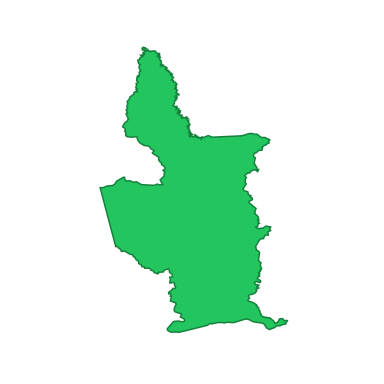 the district of Itamarati, Amazonas, Brazil, rotated 256°
{"feature_id": "56859067B49788887707038", "entity_name": "Itamarati", "entity_type": "district", "adm_level": 2, "iso_a3": "BRA", "parent_name": "Brazil", "parent_adm1": "Amazonas", "projection": "equal_earth", "projection_center": [-67.719, -6.727], "detail": "fine", "context": "isolated", "style": "filled", "palette": "green", "viewbox_px": 384, "rotation_deg": 256, "n_neighbors": 0, "source": "geoboundaries", "source_scale": "gbopen_adm2", "svg_char_len": 6070}
<svg xmlns="http://www.w3.org/2000/svg" viewBox="0 0 384 384"><g transform="rotate(256 192 192)"><path d="M157.4,104.8L157.3,106.2L156.7,106.9L155.8,106.9L153.7,108.8L151.4,109.1L151.0,112.3L146.6,116.8L145.3,119.5L143.5,119.4L142.3,120.9L140.0,121.3L137.8,123.3L135.4,123.0L133.6,125.2L131.8,125.2L130.5,127.9L129.5,127.7L128.3,132.2L127.1,133.3L126.3,132.9L124.6,135.4L123.1,135.7L121.0,138.7L121.0,139.8L121.9,139.7L122.2,140.7L121.4,144.0L121.5,145.1L122.9,146.1L123.2,150.5L122.3,151.0L119.4,150.8L116.7,152.9L114.9,152.7L114.4,151.8L114.7,149.7L113.1,150.0L109.2,148.4L108.7,149.4L109.1,151.4L107.9,153.0L106.4,152.5L103.1,153.0L102.5,152.0L103.1,150.2L101.8,148.7L100.3,145.0L98.8,144.8L98.9,146.2L98.3,146.9L96.2,145.8L96.0,146.7L95.2,146.5L91.5,144.6L88.3,149.4L86.7,149.4L84.3,147.1L81.2,146.0L79.6,146.9L76.6,151.7L75.9,152.2L73.6,150.5L70.9,153.5L69.4,153.9L68.6,153.5L68.3,151.5L70.2,147.3L70.8,142.8L65.3,134.9L63.8,134.8L62.4,136.0L61.1,137.8L59.9,143.2L59.0,144.9L58.9,174.8L60.2,177.5L59.2,179.1L59.1,185.2L57.9,190.3L57.1,191.5L57.2,194.2L55.2,200.7L55.8,213.2L54.8,215.9L51.0,220.5L47.8,228.5L46.4,230.0L41.7,231.7L39.8,233.9L40.5,239.4L41.7,241.9L40.9,244.8L41.4,247.8L41.2,250.8L44.1,253.4L44.6,252.5L44.7,250.5L47.4,249.1L47.6,246.0L44.9,243.8L44.5,240.8L46.9,240.1L51.4,236.8L51.3,235.2L52.5,234.1L52.3,233.0L53.5,231.7L53.7,230.6L56.5,228.8L57.0,229.5L58.5,228.7L60.0,229.2L61.5,228.2L63.6,228.7L65.6,226.8L66.2,227.6L67.1,227.2L70.2,224.3L72.6,220.1L73.6,220.1L75.2,222.1L77.7,221.6L78.3,222.2L78.2,226.2L78.9,229.2L80.6,230.9L82.1,230.6L82.7,233.4L83.7,231.9L84.4,231.8L84.8,233.8L85.4,234.3L87.2,230.9L89.4,230.9L89.7,232.7L87.8,235.5L87.9,236.6L88.6,237.0L89.4,237.0L92.1,234.4L93.4,235.3L93.8,237.1L94.6,237.3L95.1,236.5L96.3,238.0L97.6,237.1L98.3,238.9L99.0,239.5L99.6,239.0L100.3,240.7L101.0,241.0L104.1,240.5L106.9,241.8L107.4,241.0L109.6,240.0L116.9,242.9L118.4,242.4L120.1,240.5L123.9,240.6L128.8,245.5L130.0,248.0L129.4,250.2L130.8,250.9L132.5,253.0L131.7,255.5L134.8,256.0L135.6,259.0L137.0,258.3L139.0,259.9L141.1,255.6L139.7,251.9L140.3,250.0L140.1,248.0L142.5,245.5L143.0,247.5L145.2,248.6L145.3,249.7L146.7,248.7L147.8,250.0L149.0,248.9L149.7,250.3L152.2,250.1L156.1,247.7L160.6,250.1L167.8,244.7L169.3,245.3L169.7,248.2L170.2,248.9L171.8,248.8L172.9,247.3L174.2,248.3L175.7,246.1L178.7,246.2L180.6,243.0L182.7,242.3L186.7,246.6L188.1,246.0L191.0,246.5L192.8,248.3L194.9,247.1L196.1,248.5L197.1,251.4L196.5,252.1L196.7,253.0L198.0,254.2L198.6,258.2L195.9,260.7L197.8,262.1L198.4,260.3L199.9,260.8L205.0,259.3L209.9,261.7L210.3,260.9L212.5,260.3L214.5,261.8L214.6,263.8L216.2,267.0L215.6,269.9L217.7,271.2L218.4,270.7L219.7,273.1L219.7,275.2L220.7,276.7L221.0,278.6L222.5,278.8L223.8,280.1L227.2,276.0L228.3,272.2L232.4,269.1L233.0,266.2L234.2,264.8L234.8,261.8L234.5,253.8L240.3,224.9L242.8,221.4L242.1,216.6L242.5,215.9L241.3,214.0L242.9,214.6L242.6,213.1L243.4,212.0L242.6,211.2L243.8,210.9L244.1,209.2L246.0,208.3L245.1,206.3L246.6,205.5L246.1,204.4L246.4,203.0L247.3,203.0L247.0,204.4L248.1,204.7L248.0,206.2L249.4,205.1L249.6,204.6L249.0,203.7L249.8,203.0L250.5,204.7L251.3,203.9L251.7,204.7L253.5,204.5L254.1,203.4L254.9,204.5L256.3,204.8L256.7,204.6L256.0,203.5L256.5,203.0L257.6,204.0L257.7,205.6L257.3,205.7L257.9,206.3L260.8,205.5L262.0,206.0L261.7,205.5L263.1,204.7L264.2,205.8L264.5,204.7L265.8,205.3L266.3,204.4L265.6,203.7L265.6,202.8L266.6,201.8L266.0,200.1L266.8,200.3L267.2,199.6L268.8,201.0L270.0,198.3L271.1,198.8L271.6,197.6L271.9,199.0L273.0,197.4L273.7,198.3L272.8,198.7L272.9,200.2L273.6,200.4L274.2,198.6L275.5,199.3L275.4,198.4L276.8,198.3L276.3,196.8L278.0,197.9L278.5,196.4L279.0,197.1L279.2,195.8L280.5,194.5L282.2,196.4L284.3,196.8L284.6,198.3L285.9,198.9L286.1,199.7L287.1,198.6L287.7,200.6L288.8,200.2L289.2,199.1L290.0,202.0L289.3,202.7L289.8,203.0L292.2,200.4L292.8,201.4L294.0,201.6L294.2,202.4L295.5,201.7L296.1,200.4L297.0,202.0L297.8,201.3L298.4,202.1L299.6,201.6L299.3,202.7L300.1,203.5L302.5,202.5L303.1,200.5L304.7,201.1L305.7,199.1L307.6,201.8L309.2,200.4L310.7,201.3L310.3,199.6L311.1,199.4L312.3,200.6L313.1,199.0L314.0,199.4L314.8,198.0L315.5,198.6L316.1,197.2L316.6,197.3L316.7,196.2L318.2,196.0L318.4,197.8L318.9,197.6L321.3,194.8L321.8,192.9L322.2,194.0L322.6,192.6L323.1,193.3L323.5,192.5L324.6,193.7L326.8,193.8L327.4,192.8L328.3,193.2L329.9,192.4L330.4,193.7L331.6,192.0L331.7,193.6L332.3,193.7L333.2,192.0L333.7,193.1L333.2,193.6L334.2,194.0L335.4,191.1L337.5,190.7L338.4,188.1L338.1,185.7L338.8,185.8L339.2,183.9L340.7,183.7L339.8,182.2L340.8,181.0L341.9,182.2L342.0,180.6L342.4,181.8L343.4,181.5L343.5,180.5L344.2,180.0L343.6,178.3L342.5,178.8L341.8,178.2L341.4,179.3L340.0,180.3L339.4,180.0L339.0,178.3L337.5,179.4L337.3,178.5L336.4,178.0L337.6,177.6L337.0,176.4L336.3,176.5L336.8,175.5L335.3,176.3L335.0,174.2L333.6,173.4L333.2,171.6L332.6,171.2L329.4,171.3L328.0,172.7L326.9,171.2L325.7,170.7L323.1,170.9L322.5,171.7L321.6,171.3L321.1,169.8L318.1,169.1L317.7,167.3L317.1,168.2L316.1,166.1L313.1,165.2L312.4,166.1L311.4,166.0L310.6,164.0L310.0,164.6L307.1,162.8L305.2,163.8L305.1,162.4L302.4,163.2L303.1,161.1L302.2,159.4L300.8,159.0L299.4,155.0L296.8,153.1L295.5,151.0L292.8,151.0L291.1,149.5L289.2,149.8L287.5,147.9L285.8,148.7L285.3,148.0L284.1,148.5L283.7,146.9L277.8,148.0L277.5,147.0L276.3,146.0L275.7,143.9L272.4,140.5L271.4,140.7L270.5,142.1L268.7,142.5L267.3,141.4L265.4,142.3L263.0,141.3L261.4,142.3L259.7,146.8L259.3,150.6L258.7,151.7L254.9,152.0L252.3,153.3L248.8,156.7L246.7,161.6L244.0,162.4L241.6,165.2L240.9,165.1L239.9,163.1L239.0,163.1L233.7,168.2L231.5,167.4L229.2,168.0L228.0,169.3L225.8,169.1L224.7,170.5L221.8,171.8L221.1,171.7L220.0,169.1L218.0,170.6L216.8,169.5L214.4,169.0L211.5,164.0L206.1,165.3L206.9,162.0L208.1,160.2L207.6,157.1L211.0,145.8L212.2,143.7L215.3,140.8L215.7,137.1L217.7,135.0L218.6,131.1L220.2,129.8L222.5,130.2L222.9,129.1L220.7,121.3L218.7,119.6L217.5,116.5L218.4,110.7L217.7,107.6L218.4,103.9L157.4,104.8ZM246.0,208.3L245.6,209.3L245.5,209.9L246.9,208.8L246.0,208.3Z" fill="#22c55e" stroke="#15803d" stroke-width="1.5"/></g></svg>